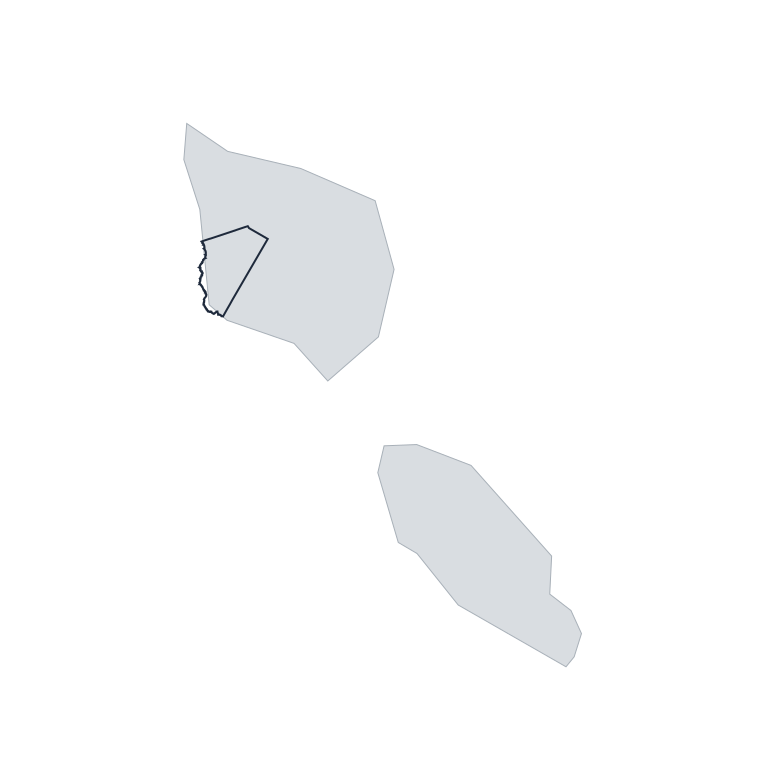 Palauli West, Palauli, Samoa shown in context, rotated 30°
{"feature_id": "51752279B21529413324120", "entity_name": "Palauli West", "entity_type": "district", "adm_level": 2, "iso_a3": "WSM", "parent_name": "Samoa", "parent_adm1": "Palauli", "projection": "natural_earth1", "projection_center": [-172.564, -13.715], "detail": "fine", "context": "in_parent", "style": "outline", "palette": "slate", "viewbox_px": 768, "rotation_deg": 30, "n_neighbors": 0, "source": "geoboundaries", "source_scale": "gbopen_adm2", "svg_char_len": 5338}
<svg xmlns="http://www.w3.org/2000/svg" viewBox="0 0 768 768"><g transform="rotate(30 384 384)"><path d="M284.7,229.7L335.4,279.7L355.6,346.0L333.8,409.5L285.8,393.8L216.2,407.3L193.0,402.8L137.2,324.9L98.5,289.8L82.9,257.0L132.3,260.7L204.2,239.0L284.7,229.7ZM683.0,537.9L558.8,538.3L497.4,514.3L475.6,514.1L423.0,463.9L415.0,437.5L442.6,420.1L500.1,411.0L615.2,449.2L632.6,483.1L659.2,486.7L679.8,501.4L685.1,525.2L683.0,537.9Z" fill="#d9dde1" stroke="#a8b0b8" stroke-width="1"/><path d="M189.2,316.5L187.1,315.4L160.9,345.0L160.6,345.2L157.0,349.2L154.7,351.9L154.9,352.0L155.1,352.0L155.4,352.1L155.5,352.1L155.9,352.1L156.1,352.2L156.2,352.5L156.3,352.4L156.5,352.7L156.9,352.5L157.5,352.9L157.5,353.0L157.8,353.1L157.8,353.4L157.8,353.8L158.0,353.7L158.3,353.4L158.8,353.8L159.3,354.2L160.4,355.7L160.5,355.9L160.5,356.2L160.2,356.9L160.4,356.9L160.8,356.7L161.0,356.8L161.1,356.7L162.3,357.8L162.8,357.9L163.0,358.2L163.4,358.5L163.8,358.9L163.9,359.1L164.1,359.5L164.4,360.1L164.8,360.5L165.0,361.0L165.2,361.3L164.9,361.5L165.3,361.6L165.4,361.8L165.5,362.1L165.5,362.4L165.4,362.5L165.6,363.0L165.9,363.4L165.9,363.8L166.0,364.0L166.2,364.4L166.4,364.4L166.2,364.7L166.0,364.8L165.7,365.2L165.5,365.8L165.7,367.0L165.5,367.4L165.4,367.4L165.6,368.0L165.8,368.9L165.8,369.1L165.7,369.2L165.9,369.3L165.8,369.8L165.7,369.9L165.7,370.1L165.8,370.1L165.6,370.6L165.8,370.7L165.7,370.8L165.6,371.1L165.5,371.7L165.4,371.7L165.4,371.9L165.5,372.0L165.4,372.2L165.4,372.4L165.3,372.7L165.4,373.0L165.4,373.3L165.6,373.6L165.5,373.8L165.5,374.2L165.6,374.4L165.8,374.3L165.8,374.6L165.8,374.9L165.9,375.0L165.9,375.3L166.0,375.3L165.9,375.4L166.2,375.4L166.3,375.7L166.5,375.7L166.6,375.8L166.8,376.0L167.0,376.1L167.2,376.3L167.3,376.3L167.6,376.2L167.7,376.4L167.9,376.4L168.1,376.8L168.2,377.0L168.2,377.3L168.1,377.5L168.3,377.6L168.6,377.6L168.9,377.8L169.0,377.7L169.1,377.8L169.3,378.0L169.7,377.9L169.8,378.0L169.9,377.8L170.0,377.7L170.1,377.9L170.3,377.8L170.5,377.9L170.5,378.1L171.1,378.3L171.3,378.6L171.5,378.6L171.7,379.0L171.6,379.3L171.5,379.5L171.4,379.7L171.6,380.0L171.8,380.2L171.7,380.3L171.8,380.5L171.9,380.8L172.0,380.9L171.9,381.0L172.0,381.1L171.9,381.2L171.9,381.4L171.9,381.5L172.0,381.8L171.8,381.8L172.0,382.1L172.0,382.4L172.1,382.5L172.0,382.8L171.9,382.9L172.0,383.0L171.9,383.6L172.1,384.2L171.9,384.0L171.8,384.5L172.0,384.5L171.9,384.7L172.2,384.8L172.2,385.0L172.3,385.1L172.4,385.4L172.6,385.3L172.7,385.6L172.8,385.6L172.8,385.8L173.0,385.9L173.2,386.2L173.2,386.3L173.3,386.4L173.3,386.6L173.4,386.8L173.5,387.0L173.5,387.3L173.5,387.6L173.5,388.1L173.7,388.5L173.8,388.7L173.7,388.8L174.2,389.2L174.2,389.4L174.3,389.3L174.4,389.5L174.7,389.7L174.8,389.6L175.0,389.7L175.3,389.4L175.7,389.5L175.8,389.7L176.1,389.8L176.2,390.0L176.4,390.0L176.5,390.2L177.0,390.2L177.1,390.4L177.4,390.6L177.7,390.5L177.9,390.8L178.1,390.8L178.1,391.0L178.5,391.2L179.0,391.3L179.1,391.5L179.3,391.6L179.6,391.9L179.8,392.0L180.0,392.1L180.1,392.3L180.3,392.2L180.5,392.3L180.8,392.4L180.8,392.6L181.0,392.7L181.1,392.9L181.3,392.8L181.4,393.0L181.5,393.2L181.8,393.2L181.9,393.3L182.0,393.2L182.2,393.4L182.4,393.4L182.5,393.4L182.6,393.5L182.8,393.3L183.0,393.6L183.4,393.6L183.4,393.9L183.4,394.0L183.6,393.9L183.7,394.0L183.8,394.0L183.9,394.3L184.0,394.2L184.4,394.6L184.5,394.6L184.7,394.8L184.7,395.0L184.8,395.0L185.1,395.1L185.2,395.3L185.3,395.5L185.5,395.5L185.6,395.8L185.7,396.0L185.8,396.1L185.8,396.5L186.0,396.8L185.9,397.0L186.0,397.2L186.0,397.6L186.0,398.2L185.8,398.5L185.8,398.9L185.7,399.1L185.8,399.2L185.8,399.5L185.7,399.6L185.6,400.1L185.7,400.4L185.8,400.5L185.8,400.8L186.0,400.8L186.4,401.2L186.4,401.4L186.5,401.5L186.6,401.8L186.7,401.7L186.9,401.9L187.0,402.3L187.0,402.5L187.1,402.8L187.2,403.4L187.4,403.5L187.3,403.8L187.4,404.1L187.3,404.3L187.5,404.6L187.8,405.0L188.0,405.0L188.0,405.3L188.2,405.2L188.4,405.3L188.8,405.5L189.0,405.9L189.1,406.1L189.4,406.1L189.5,406.2L189.8,406.2L189.9,406.3L190.1,406.3L190.3,406.4L190.6,406.7L190.6,406.8L190.8,406.8L191.0,407.0L191.3,407.0L191.4,407.3L191.6,407.5L191.8,407.4L192.0,407.4L192.3,407.6L192.7,407.7L192.7,407.9L192.9,407.9L193.0,408.0L193.2,407.9L193.3,408.0L193.4,408.4L193.5,408.4L193.7,408.2L194.0,408.5L194.1,408.4L194.2,408.5L194.3,408.6L194.7,408.7L194.8,408.8L194.9,408.6L195.2,408.6L195.4,408.7L195.4,408.8L195.6,408.8L195.8,409.0L195.9,408.9L196.0,408.9L196.5,408.8L196.6,408.7L196.8,408.8L196.9,408.7L197.0,408.7L197.3,408.6L197.3,408.2L197.7,408.2L197.6,407.9L198.0,407.8L198.3,407.8L198.4,407.7L198.5,407.8L199.5,408.3L199.8,408.5L200.1,408.5L200.3,408.5L200.7,408.5L200.9,408.4L201.1,408.4L201.4,408.4L201.4,408.2L201.5,408.2L201.6,407.8L201.8,407.8L201.9,407.7L202.0,407.7L202.1,407.4L202.2,407.1L202.3,406.7L202.2,406.6L202.2,406.4L202.3,406.2L202.5,405.8L202.6,405.6L202.9,405.1L203.0,405.0L203.1,404.8L203.3,404.8L203.5,404.6L203.7,404.9L204.0,405.0L204.1,405.3L204.5,405.7L205.3,406.2L205.4,406.4L205.5,406.2L205.8,406.3L206.0,406.3L206.3,406.3L206.5,406.5L206.6,406.4L206.9,406.4L207.2,406.3L207.2,406.1L207.4,406.0L207.5,406.0L207.8,406.0L208.2,406.1L208.4,406.2L208.5,406.2L208.7,406.3L208.7,406.2L208.8,406.1L209.2,406.2L209.4,406.2L209.6,406.3L209.7,406.2L209.8,406.2L210.8,406.0L210.7,397.6L210.7,391.9L210.6,386.9L210.8,316.5L189.2,316.5Z" fill="none" stroke="#1e293b" stroke-width="2"/></g></svg>